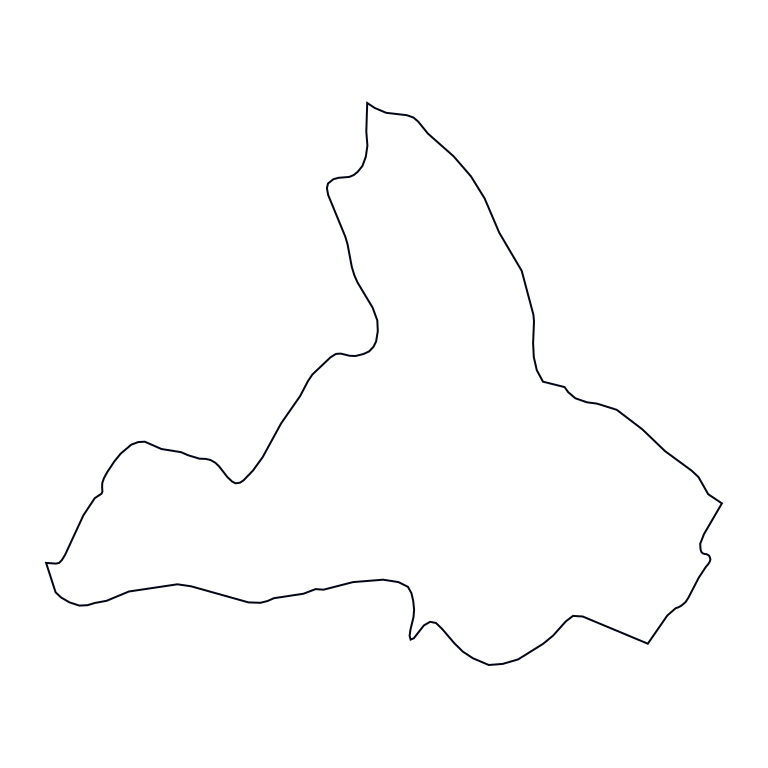 the border of Imbabura
{"feature_id": "ECU-1410", "entity_name": "Imbabura", "entity_type": "Province", "adm_level": 1, "iso_a3": "ECU", "parent_name": "Ecuador", "parent_adm1": "", "projection": "equal_earth", "projection_center": [-78.392, 0.503], "detail": "fine", "context": "isolated", "style": "outline", "palette": "ink", "viewbox_px": 768, "rotation_deg": 0, "n_neighbors": 0, "source": "natural_earth", "source_scale": "10m", "svg_char_len": 2094}
<svg xmlns="http://www.w3.org/2000/svg" viewBox="0 0 768 768"><path d="M721.9,503.4L704.0,534.1L700.2,543.8L700.5,548.9L701.0,550.9L701.6,552.2L702.4,553.0L703.3,553.6L704.8,554.0L706.2,554.1L707.8,554.8L709.3,555.9L710.4,559.2L709.8,561.6L708.1,564.3L706.0,566.7L698.8,577.6L688.4,597.7L685.7,601.9L683.6,603.8L681.1,605.8L678.4,607.3L675.7,608.2L667.4,615.4L647.8,643.7L582.7,616.5L573.0,615.9L565.8,621.4L553.1,635.6L543.1,643.8L518.1,659.4L502.7,663.9L488.8,665.0L473.0,658.3L462.9,651.7L454.2,643.1L442.2,629.0L436.0,623.0L430.1,621.8L423.9,625.4L413.8,638.3L410.6,639.6L409.6,635.8L410.3,630.4L413.5,617.1L414.1,609.8L413.2,600.8L411.4,593.1L407.9,586.8L398.5,582.1L383.1,579.7L353.0,582.1L323.5,589.7L315.6,589.1L303.6,593.7L273.9,598.2L267.6,601.0L260.5,602.8L248.5,602.4L191.1,586.3L177.4,584.3L128.9,591.5L106.6,600.8L94.7,603.0L87.5,605.2L79.4,605.6L69.3,602.3L61.0,597.4L55.6,592.3L46.1,562.9L55.9,563.6L59.1,562.9L61.8,560.2L65.1,554.8L83.4,515.3L94.8,498.1L101.5,493.7L102.4,491.8L102.1,486.9L102.3,482.9L103.9,478.3L107.2,472.2L114.3,461.5L120.6,453.7L131.2,444.7L138.1,442.1L144.8,441.7L161.4,449.0L181.2,452.2L188.0,455.2L199.5,458.7L205.7,458.9L210.5,460.0L215.4,462.8L219.2,466.5L227.4,477.1L232.2,481.6L235.5,483.3L240.0,482.7L243.6,480.3L253.0,470.5L262.7,457.1L281.1,423.4L300.1,396.1L308.0,381.0L312.4,374.5L330.5,357.3L336.0,353.9L340.8,353.6L349.8,355.8L355.6,356.0L363.5,354.0L369.1,351.4L373.4,346.9L376.1,341.5L377.8,331.1L377.3,320.4L372.6,307.6L357.6,282.6L354.3,275.2L351.8,266.9L347.5,244.1L345.2,236.4L328.2,195.1L326.9,188.2L328.0,183.5L333.4,179.2L338.6,177.8L349.4,176.9L353.8,175.0L357.7,171.8L362.4,166.0L365.8,156.8L367.4,145.7L366.3,131.6L367.2,103.0L374.8,108.0L386.1,112.8L406.8,115.2L413.4,117.5L418.1,121.5L428.0,133.7L453.7,156.4L471.0,176.4L484.6,198.4L499.3,232.8L521.7,270.8L533.4,314.7L534.0,321.3L533.1,343.3L533.8,357.1L536.8,370.2L543.0,381.7L564.6,387.1L568.2,392.2L575.4,398.3L586.9,402.3L596.9,403.6L616.7,409.8L642.3,429.3L665.0,451.1L691.7,470.7L698.5,477.1L708.2,494.2L721.9,503.4Z" fill="none" stroke="#020617" stroke-width="2"/></svg>